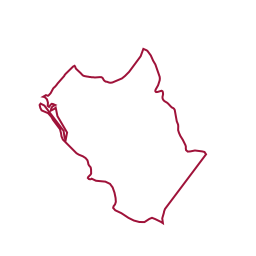 map outline of Stann Creek (Albers equal-area conic projection), rotated 128°
{"feature_id": "BLZ-1355", "entity_name": "Stann Creek", "entity_type": "District", "adm_level": 1, "iso_a3": "BLZ", "parent_name": "Belize", "parent_adm1": "", "projection": "albers", "projection_center": [-88.471, 16.817], "detail": "fine", "context": "isolated", "style": "outline", "palette": "rose", "viewbox_px": 256, "rotation_deg": 128, "n_neighbors": 0, "source": "natural_earth", "source_scale": "10m", "svg_char_len": 2127}
<svg xmlns="http://www.w3.org/2000/svg" viewBox="0 0 256 256"><g transform="rotate(128 128 128)"><path d="M181.5,41.9L181.7,44.2L183.0,50.4L184.0,53.8L186.5,55.2L192.0,57.1L195.1,61.2L197.3,66.4L198.5,72.2L199.2,80.8L200.7,87.4L200.1,90.5L198.5,91.2L196.2,91.2L193.7,92.1L190.8,94.7L187.3,98.8L184.3,103.5L183.1,107.8L184.2,112.8L189.3,120.8L190.3,125.4L190.8,125.5L191.7,126.2L192.3,127.4L192.1,128.9L191.1,129.2L187.7,128.8L186.6,129.0L183.4,131.6L182.0,133.2L181.5,135.7L180.9,137.0L179.7,138.3L178.4,140.1L177.8,143.0L178.1,146.2L179.3,150.4L179.6,153.1L177.2,172.2L175.6,175.2L173.4,177.5L170.8,180.9L167.8,192.0L166.4,195.3L165.5,200.1L167.3,206.9L166.2,209.4L164.3,211.8L162.6,211.9L161.8,207.7L169.9,177.0L174.3,172.4L175.9,169.7L169.1,173.2L162.1,190.9L156.5,197.5L158.2,197.8L161.8,199.5L160.1,200.4L158.7,200.8L157.1,200.6L154.7,199.5L155.3,201.9L155.9,203.0L157.3,203.3L160.0,203.2L160.0,204.9L157.3,206.7L155.3,209.5L154.9,212.7L155.6,214.1L152.6,212.9L151.9,210.9L150.8,210.6L148.2,210.4L142.9,211.3L141.7,211.2L140.3,210.9L137.6,210.8L136.5,210.9L126.3,210.3L125.5,210.5L123.9,210.5L113.4,209.1L111.9,208.4L112.3,207.2L112.8,206.5L113.3,205.5L113.4,204.4L113.5,203.5L113.9,199.0L114.2,197.3L114.3,196.4L114.3,195.4L113.8,194.1L112.7,192.0L112.1,191.0L111.5,189.8L110.8,188.7L110.3,187.7L109.4,186.6L108.6,185.2L105.4,181.7L104.3,180.2L104.2,178.9L105.2,176.4L105.3,175.3L105.2,174.2L104.5,173.0L103.8,170.8L103.0,169.5L101.7,168.3L92.7,163.3L88.9,162.4L83.1,161.7L63.7,162.2L56.2,164.6L55.3,161.1L55.3,160.0L56.8,154.7L59.5,149.6L61.1,145.5L68.2,134.5L69.5,133.3L70.9,132.4L75.8,130.6L80.5,129.9L81.5,129.6L82.3,128.9L82.4,128.0L81.4,126.9L78.0,124.5L77.8,123.5L78.3,122.6L79.7,121.2L82.2,120.0L83.1,119.3L83.7,118.5L84.2,117.3L84.4,115.9L84.0,112.6L84.1,111.2L84.7,107.5L84.8,105.9L84.5,104.8L84.5,103.6L85.0,102.3L92.7,93.7L94.5,90.6L95.8,89.4L98.8,87.2L100.4,84.9L102.0,81.9L103.6,77.5L106.2,72.1L107.1,70.9L108.5,69.9L109.7,68.6L109.8,66.4L108.1,64.5L104.5,61.4L100.8,55.2L99.8,53.0L100.7,50.3L169.0,49.0L171.5,48.2L172.8,47.5L178.1,45.4L181.5,41.9Z" fill="none" stroke="#9f1239" stroke-width="2"/></g></svg>